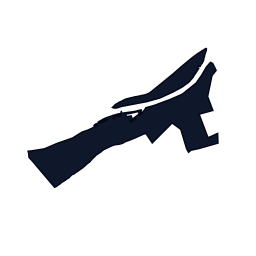 the district of Giza, Al Jizah, Egypt, rotated 249°
{"feature_id": "37247803B55829024150134", "entity_name": "Giza", "entity_type": "district", "adm_level": 2, "iso_a3": "EGY", "parent_name": "Egypt", "parent_adm1": "Al Jizah", "projection": "equal_earth", "projection_center": [31.222, 29.999], "detail": "fine", "context": "isolated", "style": "filled", "palette": "ink", "viewbox_px": 256, "rotation_deg": 249, "n_neighbors": 0, "source": "geoboundaries", "source_scale": "gbopen_adm2", "svg_char_len": 5258}
<svg xmlns="http://www.w3.org/2000/svg" viewBox="0 0 256 256"><g transform="rotate(249 128 128)"><path d="M108.2,74.4L109.2,77.0L110.0,79.9L112.0,83.7L113.2,86.5L114.2,88.8L114.7,91.0L115.3,93.8L116.2,96.4L116.5,97.7L116.7,99.7L117.1,104.7L117.2,108.5L116.8,111.0L116.2,112.9L116.0,114.3L115.8,115.5L115.7,117.5L116.2,120.4L116.1,124.8L116.2,130.1L116.5,135.8L116.7,139.8L116.6,142.8L105.4,145.3L116.9,171.0L107.8,176.8L87.6,175.3L83.7,175.8L84.7,178.9L83.4,187.1L81.7,206.6L90.8,209.7L90.2,199.2L115.4,199.3L114.0,213.5L128.9,213.6L146.9,225.2L150.2,230.9L157.9,230.2L159.7,228.5L156.7,222.9L151.4,216.4L145.6,207.9L143.8,202.4L140.1,190.8L139.5,177.1L139.7,160.4L140.5,151.8L139.1,150.3L136.4,145.3L135.6,143.0L135.9,143.6L136.5,144.2L137.3,145.1L137.9,145.6L139.2,146.6L139.7,146.9L139.8,146.9L140.0,146.9L140.2,146.7L140.3,146.2L140.6,143.7L140.9,141.0L141.2,139.4L141.8,136.8L141.8,136.4L141.7,136.2L141.3,136.0L140.8,136.0L140.7,136.1L140.4,138.5L140.0,141.7L139.7,143.0L139.5,143.4L139.2,143.6L138.8,143.7L138.3,143.7L137.7,143.5L137.1,143.0L136.8,142.4L136.4,141.3L135.6,138.4L135.0,136.4L134.9,136.1L134.8,135.9L134.5,135.9L134.0,136.0L133.8,136.1L133.7,136.3L133.6,136.8L133.6,137.2L133.7,137.6L134.0,138.5L134.1,139.1L133.7,138.3L132.7,131.4L133.0,132.0L133.1,132.4L133.2,132.6L133.2,133.0L133.2,133.5L133.3,133.8L133.4,134.0L133.5,134.0L133.5,133.9L133.5,133.3L133.6,133.2L134.0,133.1L134.2,133.3L134.3,133.7L134.3,133.9L134.3,134.1L134.2,134.4L134.2,134.5L133.7,134.8L133.6,135.0L133.7,135.3L133.9,135.4L134.0,135.4L134.9,135.2L135.7,135.2L136.8,135.2L137.9,135.4L138.1,135.4L138.2,135.2L138.3,134.7L139.0,131.0L139.2,130.6L139.3,130.4L142.9,131.3L143.0,131.3L143.1,131.2L143.3,130.4L143.4,130.1L143.8,128.3L143.9,127.5L144.5,127.3L144.9,127.3L145.0,127.4L145.1,127.5L145.3,127.6L145.7,127.6L146.0,127.5L146.0,127.4L146.1,127.2L145.7,127.5L145.4,127.5L145.3,127.4L145.1,127.4L145.1,127.2L144.4,126.8L144.1,126.7L144.1,126.3L144.2,126.1L144.4,125.2L144.6,124.0L144.8,122.2L145.0,119.6L144.9,119.8L144.7,120.2L144.4,120.3L144.1,120.5L143.9,120.7L143.9,120.9L143.8,121.1L143.8,121.7L143.7,122.7L143.7,122.9L143.5,123.2L143.4,123.5L143.4,125.1L143.4,125.8L143.2,125.9L143.1,126.0L142.2,125.6L142.0,125.4L142.3,125.1L142.5,124.9L142.6,124.5L142.6,124.3L142.6,124.0L142.5,123.7L142.3,123.5L142.3,123.4L142.5,123.0L142.7,122.6L142.8,122.5L143.1,122.3L143.3,122.1L143.4,121.8L143.4,121.3L143.4,121.0L143.6,120.6L143.8,120.4L144.0,120.3L144.1,120.2L144.3,120.1L144.6,119.6L144.9,119.2L143.8,119.1L143.0,118.9L142.0,118.8L141.8,118.7L142.0,118.1L142.1,117.9L142.1,117.7L142.2,117.4L142.3,117.4L142.4,117.5L142.5,117.6L142.4,117.8L142.3,118.0L142.3,118.4L142.4,118.6L143.4,118.7L144.5,119.0L145.0,119.0L145.0,118.8L145.1,117.3L145.3,112.3L145.3,110.7L145.3,109.3L145.2,108.3L144.7,105.4L144.5,103.7L144.2,102.4L143.9,102.5L143.8,102.8L143.8,103.8L143.8,105.0L143.9,107.2L143.9,107.6L143.7,108.3L143.6,109.2L143.6,109.5L143.6,111.2L143.5,111.6L143.4,111.8L143.2,111.8L142.9,111.8L142.8,111.4L143.0,109.9L142.8,109.6L142.8,109.3L142.8,108.9L142.8,108.7L142.6,108.7L142.5,108.2L142.5,107.8L142.5,107.6L142.6,107.4L142.9,107.4L143.1,107.3L143.2,107.2L143.0,106.2L142.8,105.4L142.7,104.4L142.6,103.8L142.7,103.3L142.6,102.5L142.7,102.4L143.0,102.1L143.1,101.9L143.3,99.8L143.3,99.5L143.2,99.1L143.1,98.7L143.1,98.4L143.0,98.1L142.9,97.8L142.5,97.2L142.4,97.1L142.2,97.2L142.1,97.3L142.0,97.5L141.8,98.3L141.5,99.9L141.4,100.9L140.4,90.2L140.6,83.6L138.5,72.6L139.0,56.4L138.5,42.6L141.1,30.1L142.1,26.4L139.9,26.2L136.2,25.1L135.0,25.4L132.9,26.3L130.9,27.1L117.3,31.8L110.3,34.3L102.0,37.2L98.9,38.3L99.1,39.8L99.3,40.9L99.6,41.8L100.0,43.2L100.3,44.9L101.0,46.5L101.1,47.4L101.5,49.1L101.6,50.4L102.1,51.8L102.4,52.9L102.5,54.0L102.8,55.1L103.2,55.9L103.6,56.8L104.0,57.7L104.5,58.9L104.5,61.1L105.2,63.4L105.6,65.5L106.4,68.5L107.2,71.7L108.2,74.4ZM150.7,124.8L150.5,129.6L145.9,154.8L144.6,168.6L145.5,182.8L146.9,193.4L148.9,200.9L149.6,202.4L150.4,203.9L150.8,204.8L151.2,205.5L151.9,206.6L152.2,207.1L152.5,207.5L153.0,208.1L153.3,208.2L153.9,207.8L154.0,207.8L154.2,208.0L154.1,208.4L153.9,208.7L153.7,209.1L158.2,215.3L159.2,214.7L159.5,214.6L159.8,214.6L160.0,214.8L160.2,215.0L160.4,215.3L160.4,215.5L160.3,215.9L159.8,216.5L159.7,216.8L159.6,217.0L159.7,217.4L159.8,217.6L160.0,217.8L160.8,218.6L161.1,218.9L161.3,219.2L161.8,220.2L162.1,220.7L162.7,221.4L163.2,221.9L163.9,222.6L164.7,223.3L164.8,223.3L165.2,223.3L165.3,223.3L165.7,223.4L165.9,223.5L166.0,223.6L166.2,224.1L166.4,224.3L166.9,224.7L167.7,225.2L168.3,225.6L168.9,225.9L171.6,228.2L172.2,228.7L172.5,228.9L173.8,229.6L174.0,229.6L174.3,229.3L174.3,229.0L174.2,228.5L174.2,228.4L173.4,224.2L172.6,220.7L172.2,218.7L172.0,218.0L170.1,211.5L166.1,199.7L162.5,189.9L161.1,185.7L156.9,173.0L152.9,160.5L152.8,156.1L153.3,153.1L154.0,148.6L154.8,144.5L154.8,143.5L155.1,141.9L155.6,137.8L155.8,136.0L155.3,131.4L155.3,131.1L155.2,129.0L155.0,128.2L154.8,126.6L154.5,125.1L154.3,124.3L154.2,124.1L154.1,123.8L153.9,123.5L153.7,123.4L153.3,123.1L153.2,122.9L153.4,122.7L153.5,122.7L152.8,120.9L151.6,122.1L150.7,124.8ZM142.9,131.6L141.8,131.4L141.7,131.4L140.8,135.5L141.9,135.8L142.0,135.8L142.1,135.7L143.0,131.7L142.9,131.6Z" fill="#0f172a" stroke="#020617" stroke-width="1.5"/></g></svg>